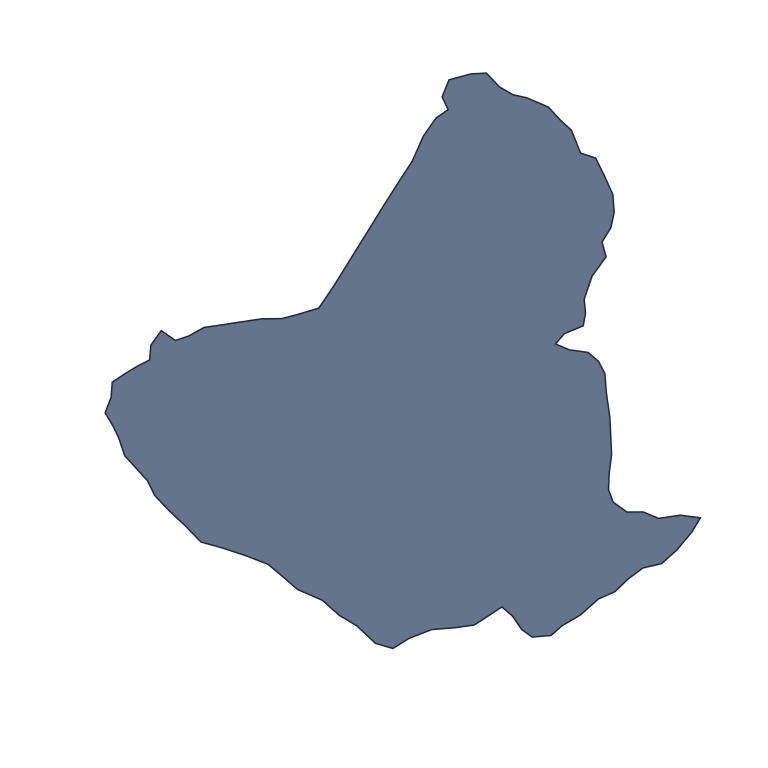 outline of Arujá, São Paulo, Brazil, rotated 257°
{"feature_id": "56859067B32247478352498", "entity_name": "Arujá", "entity_type": "district", "adm_level": 2, "iso_a3": "BRA", "parent_name": "Brazil", "parent_adm1": "São Paulo", "projection": "albers", "projection_center": [-46.318, -23.38], "detail": "fine", "context": "isolated", "style": "filled", "palette": "slate", "viewbox_px": 768, "rotation_deg": 257, "n_neighbors": 0, "source": "geoboundaries", "source_scale": "gbopen_adm2", "svg_char_len": 1407}
<svg xmlns="http://www.w3.org/2000/svg" viewBox="0 0 768 768"><g transform="rotate(257 384 384)"><path d="M665.8,515.8L650.7,505.2L636.9,508.2L631.5,494.6L616.7,478.1L594.5,461.4L577.8,444.0L562.2,428.1L491.5,357.8L472.6,337.5L471.2,314.9L470.7,299.3L475.0,279.6L476.9,256.1L478.3,236.7L479.6,221.4L474.7,204.6L473.4,190.5L486.1,179.0L474.2,165.5L460.2,161.1L456.7,147.2L451.8,132.5L446.9,119.6L432.6,115.2L418.6,105.8L404.0,110.5L391.0,113.4L372.4,115.2L357.8,123.4L343.2,131.7L327.0,135.5L307.9,146.7L289.2,159.3L271.1,170.2L260.6,189.6L247.7,210.8L234.4,230.5L219.0,242.0L203.1,253.7L187.2,275.2L168.6,288.4L154.5,303.1L133.2,317.3L124.3,333.2L130.5,351.1L134.0,375.2L130.5,398.7L128.9,417.8L133.8,431.4L140.3,448.7L128.9,457.0L113.8,462.9L104.1,471.4L101.4,490.2L108.4,503.1L114.7,523.4L126.3,544.6L129.8,562.5L139.0,577.8L146.5,594.9L146.5,614.0L156.3,631.9L170.6,650.8L182.4,662.2L189.5,643.4L191.3,621.3L201.0,607.8L204.6,591.9L217.2,580.8L230.5,579.0L245.6,583.1L264.2,589.9L283.1,593.4L300.9,596.6L325.7,598.7L344.6,601.6L357.8,598.1L368.9,589.9L375.6,572.2L384.5,560.1L392.4,571.0L395.9,591.3L407.8,596.3L421.5,598.1L442.3,611.0L457.9,629.0L473.3,628.4L485.2,640.2L499.5,646.9L517.0,649.6L537.8,645.5L556.4,641.1L564.8,627.5L589.1,623.7L601.0,615.5L616.9,606.4L630.7,587.6L636.9,574.6L647.4,563.4L663.9,553.7L666.6,538.5L665.8,515.8Z" fill="#64748b" stroke="#1e293b" stroke-width="1.5"/></g></svg>